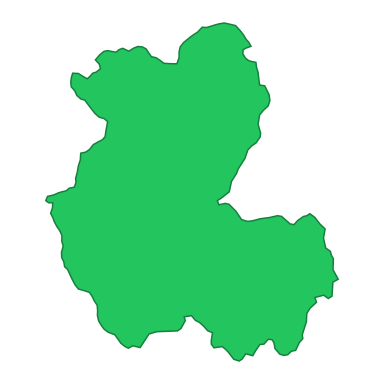 Palmópolis, Minas Gerais, Brazil
{"feature_id": "56859067B65800178353877", "entity_name": "Palmópolis", "entity_type": "district", "adm_level": 2, "iso_a3": "BRA", "parent_name": "Brazil", "parent_adm1": "Minas Gerais", "projection": "mercator", "projection_center": [-40.373, -16.779], "detail": "fine", "context": "isolated", "style": "filled", "palette": "green", "viewbox_px": 384, "rotation_deg": 0, "n_neighbors": 0, "source": "geoboundaries", "source_scale": "gbopen_adm2", "svg_char_len": 2743}
<svg xmlns="http://www.w3.org/2000/svg" viewBox="0 0 384 384"><path d="M255.9,62.3L252.3,61.7L248.8,60.7L245.4,58.1L242.8,53.7L243.2,49.6L246.5,47.9L251.0,46.3L248.9,42.5L245.9,39.0L243.7,35.2L240.6,31.1L235.6,25.6L229.8,24.2L224.3,23.0L219.3,23.8L214.8,25.0L210.6,26.3L206.5,27.5L202.2,27.2L197.6,32.1L194.0,34.4L190.9,36.6L187.7,39.2L183.6,42.5L180.2,46.9L179.1,51.8L179.1,57.5L176.9,63.8L170.2,63.7L163.9,63.3L160.3,60.5L156.0,57.7L151.4,56.7L148.8,53.0L146.1,48.9L142.4,46.9L138.0,46.5L133.9,48.0L128.8,51.2L122.8,48.3L119.1,49.6L116.0,52.2L112.1,51.5L107.6,50.6L103.9,51.4L99.9,54.6L95.4,59.9L99.3,64.2L100.5,68.6L96.2,72.1L92.7,73.2L90.2,76.1L87.3,78.8L82.8,76.3L78.4,73.5L72.7,73.2L71.3,77.7L70.8,82.2L71.2,86.8L74.7,90.7L76.9,95.6L80.9,99.0L84.9,100.2L88.2,104.7L91.4,108.9L94.9,113.4L99.2,117.2L104.4,118.7L107.6,121.7L106.7,126.8L105.9,131.0L105.1,136.7L102.4,139.7L98.2,141.9L93.3,144.6L89.6,149.4L85.7,152.1L80.7,153.2L80.3,160.0L78.4,165.7L77.2,172.6L75.6,178.4L76.0,182.3L74.3,187.2L69.1,188.2L66.3,190.8L61.9,191.8L58.3,192.9L53.9,194.9L47.5,196.4L45.8,200.6L48.6,202.8L52.7,202.8L52.5,207.8L50.6,213.3L52.7,217.4L54.1,221.2L56.6,226.1L59.7,230.6L61.9,235.5L61.8,241.1L63.2,246.1L61.5,252.2L61.7,257.5L63.8,261.8L64.6,266.7L67.6,269.5L69.2,272.9L71.4,277.8L75.0,284.7L78.5,289.1L83.7,290.5L89.4,292.4L92.3,296.6L94.1,300.5L97.2,305.4L97.6,311.1L97.4,315.3L98.6,320.8L101.7,326.0L104.2,329.3L108.1,332.2L114.9,334.8L120.9,343.3L124.5,346.2L128.3,348.2L132.9,345.8L140.1,347.6L146.7,337.6L149.0,334.0L156.8,331.7L177.5,330.9L181.0,328.5L185.3,320.6L184.2,316.8L191.5,315.7L195.4,320.4L199.4,322.4L203.8,326.3L207.6,330.7L212.5,332.7L211.3,340.3L211.3,344.1L214.0,347.8L222.2,346.6L225.9,349.6L228.4,352.3L233.8,359.3L239.2,361.0L242.2,359.0L245.8,353.8L252.8,355.7L255.7,350.6L259.9,344.5L264.0,344.1L268.2,339.3L272.1,339.7L274.0,342.9L274.9,348.4L279.8,354.2L283.7,355.4L287.8,354.7L291.5,351.2L295.6,350.4L299.4,342.5L302.8,338.7L302.3,334.8L303.5,330.8L306.4,321.8L306.8,313.5L309.9,308.4L316.5,302.3L314.9,297.5L323.7,295.2L328.3,298.5L332.0,296.2L332.9,282.2L338.2,279.2L333.0,269.7L333.4,258.8L331.3,254.9L330.4,251.3L325.7,248.0L323.5,238.1L325.1,228.9L320.0,224.1L314.8,217.4L309.9,213.7L306.8,215.7L303.4,216.5L297.7,220.5L294.1,224.6L290.1,223.9L281.6,216.4L277.5,215.7L269.6,217.5L260.0,218.8L252.5,220.8L247.6,221.4L241.6,219.6L235.8,211.1L228.9,204.2L225.1,203.4L219.0,204.8L217.3,200.7L221.6,197.9L229.3,191.8L231.5,181.4L236.7,173.2L238.1,169.1L244.9,158.5L247.9,149.9L251.9,145.8L256.2,142.8L260.2,136.9L260.6,133.1L258.1,124.3L259.6,115.0L263.5,110.2L268.2,105.9L269.9,100.6L269.1,94.7L264.7,85.8L259.6,85.0L258.7,77.9L258.1,72.5L256.5,67.2L255.9,62.3Z" fill="#22c55e" stroke="#15803d" stroke-width="1.5"/></svg>